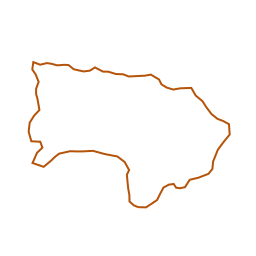 outline of Tymvou, Cyprus, rotated 350°
{"feature_id": "46923920B59196916955997", "entity_name": "Tymvou", "entity_type": "district", "adm_level": 2, "iso_a3": "CYP", "parent_name": "Cyprus", "parent_adm1": "", "projection": "albers", "projection_center": [33.506, 35.133], "detail": "fine", "context": "isolated", "style": "outline", "palette": "amber", "viewbox_px": 256, "rotation_deg": 350, "n_neighbors": 0, "source": "geoboundaries", "source_scale": "gbopen_adm2", "svg_char_len": 1165}
<svg xmlns="http://www.w3.org/2000/svg" viewBox="0 0 256 256"><g transform="rotate(350 128 128)"><path d="M46.2,46.7L43.9,53.7L46.4,59.3L48.0,67.1L44.4,73.2L43.4,78.4L43.9,83.6L43.9,94.9L37.7,99.5L32.1,105.7L29.5,114.5L30.1,120.1L30.5,124.3L39.2,126.3L40.3,132.5L34.1,136.6L27.9,145.9L38.2,151.6L46.4,146.9L51.0,143.8L55.7,141.3L66.9,140.8L74.1,142.3L80.3,143.3L89.5,144.4L100.3,149.5L112.6,154.2L118.8,160.9L121.8,169.6L118.8,173.8L118.3,179.4L117.7,187.7L117.7,194.4L116.7,200.6L120.3,205.2L124.6,207.9L124.6,208.0L124.7,207.8L132.0,209.3L144.1,204.0L148.6,197.9L152.6,192.8L158.7,190.8L158.9,190.8L159.8,191.0L163.2,191.0L165.1,195.2L168.7,196.3L173.8,196.2L179.8,189.7L188.6,189.2L199.3,187.1L204.0,183.0L206.0,175.8L212.7,165.0L219.8,158.3L227.0,152.1L228.1,141.8L222.9,137.6L217.8,134.6L212.7,128.9L208.5,120.6L206.0,114.5L200.3,107.8L197.3,99.5L186.5,98.0L179.3,98.0L173.1,94.9L168.5,90.8L167.0,85.6L159.8,79.4L153.6,79.4L137.7,77.4L132.6,74.3L125.4,72.7L118.3,69.1L113.1,68.1L106.0,62.6L100.4,64.9L94.2,64.6L89.2,62.6L84.6,60.6L80.4,55.7L76.1,54.7L69.2,54.0L63.6,51.4L59.4,50.0L52.5,50.4L46.2,46.7Z" fill="none" stroke="#b45309" stroke-width="2"/></g></svg>